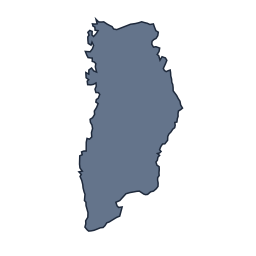 Colorado, Rio Grande do Sul, Brazil, rotated 187°
{"feature_id": "56859067B9024420085811", "entity_name": "Colorado", "entity_type": "district", "adm_level": 2, "iso_a3": "BRA", "parent_name": "Brazil", "parent_adm1": "Rio Grande do Sul", "projection": "equal_earth", "projection_center": [-52.985, -28.462], "detail": "fine", "context": "isolated", "style": "filled", "palette": "slate", "viewbox_px": 256, "rotation_deg": 187, "n_neighbors": 0, "source": "geoboundaries", "source_scale": "gbopen_adm2", "svg_char_len": 2560}
<svg xmlns="http://www.w3.org/2000/svg" viewBox="0 0 256 256"><g transform="rotate(187 128 128)"><path d="M124.2,48.9L127.6,48.0L129.4,49.4L131.0,52.8L127.3,55.0L122.0,62.5L118.3,64.1L111.6,66.2L109.0,66.7L104.2,64.3L102.4,64.0L100.4,64.5L97.8,67.4L95.0,68.5L92.6,71.1L91.1,73.7L91.4,77.1L92.3,79.9L92.5,82.4L91.3,84.5L91.8,87.4L91.9,90.5L92.4,93.4L94.8,94.7L96.1,97.6L94.9,99.6L94.8,102.6L93.3,104.7L95.7,106.3L93.7,107.0L92.3,108.7L94.0,110.3L93.2,113.5L91.8,116.3L89.5,116.8L87.2,120.6L87.5,124.4L86.7,126.9L84.9,129.3L83.4,132.3L81.7,134.0L81.5,136.4L82.2,139.2L80.2,139.9L80.2,143.2L79.7,145.7L80.1,148.2L80.0,151.0L78.1,152.5L76.3,154.4L78.5,157.2L79.7,160.9L81.8,163.4L83.7,166.2L87.7,170.4L88.2,173.8L88.9,176.6L90.1,178.7L90.7,181.8L91.9,184.9L92.5,188.2L93.2,190.7L95.2,189.7L97.0,188.6L98.9,189.5L100.2,191.4L98.6,196.5L97.7,199.9L99.4,202.1L102.9,202.9L104.5,199.2L106.3,203.5L108.0,204.5L106.5,207.8L106.3,211.2L110.2,212.1L112.6,211.4L114.6,214.0L114.7,217.0L113.1,219.0L111.1,220.3L109.7,223.2L109.6,226.8L112.2,228.0L114.0,231.3L115.5,234.4L118.9,233.4L121.6,234.3L124.2,234.6L127.4,235.1L130.1,233.8L133.3,232.6L136.2,231.8L138.1,231.3L151.1,224.3L154.3,224.5L156.2,226.7L158.6,227.5L161.4,228.6L165.0,230.4L167.5,229.9L170.1,229.7L173.0,232.0L171.3,227.7L173.3,227.1L176.0,227.0L175.2,224.9L173.2,224.1L172.6,221.0L169.6,221.0L170.9,218.0L173.3,214.6L175.1,215.9L175.3,219.5L177.8,220.2L179.5,218.1L178.0,215.5L179.0,213.5L178.5,210.3L177.8,207.1L174.8,205.7L174.2,208.8L172.2,205.7L173.0,202.2L174.8,199.1L177.5,198.9L179.7,198.8L177.8,195.3L176.2,193.0L172.0,193.0L171.6,189.8L169.6,189.4L167.8,188.0L167.9,184.7L166.0,179.7L169.0,180.5L171.5,183.1L173.9,180.8L173.5,176.7L176.6,177.9L175.7,172.8L172.9,171.1L174.2,169.5L173.3,166.1L170.1,166.3L167.6,167.1L165.3,168.8L164.6,165.7L165.5,162.5L164.2,159.3L161.7,159.5L160.1,157.9L161.2,153.8L162.9,152.4L163.1,149.8L160.7,148.6L161.2,146.2L161.9,144.0L163.5,140.7L162.8,137.4L164.4,133.9L166.7,132.0L166.0,129.1L164.1,126.5L163.1,123.2L163.7,118.9L162.9,114.7L164.9,112.2L167.4,112.7L167.7,108.8L167.2,104.4L166.7,100.1L169.2,99.7L171.2,98.6L170.2,95.9L172.5,94.5L171.7,86.2L170.8,82.5L168.1,79.6L171.4,78.5L168.7,76.2L169.7,74.1L167.5,70.3L166.0,66.3L165.3,63.1L163.9,59.5L162.6,56.9L162.4,50.7L160.7,49.2L160.2,45.8L157.4,39.1L157.0,34.5L158.7,30.7L158.2,27.7L158.7,24.4L156.3,22.1L154.5,20.9L152.1,21.4L149.3,22.3L146.1,24.0L143.3,25.6L140.6,26.2L139.0,28.2L137.5,31.3L135.3,32.4L129.8,36.8L128.2,38.0L125.5,39.5L124.2,48.9Z" fill="#64748b" stroke="#1e293b" stroke-width="1.5"/></g></svg>